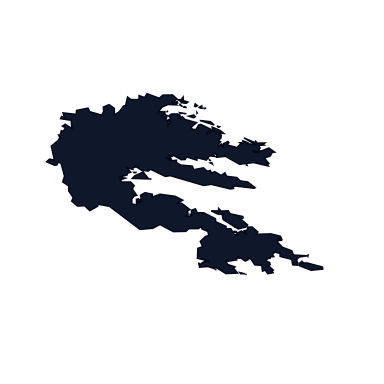 the district of Bantry-West Cork Lea-4, Cork, Ireland, rotated 220°
{"feature_id": "5873133B32019280992122", "entity_name": "Bantry-West Cork Lea-4", "entity_type": "district", "adm_level": 2, "iso_a3": "IRL", "parent_name": "Ireland", "parent_adm1": "Cork", "projection": "albers", "projection_center": [-9.717, 51.642], "detail": "fine", "context": "isolated", "style": "filled", "palette": "ink", "viewbox_px": 384, "rotation_deg": 220, "n_neighbors": 0, "source": "geoboundaries", "source_scale": "gbopen_adm2", "svg_char_len": 6109}
<svg xmlns="http://www.w3.org/2000/svg" viewBox="0 0 384 384"><g transform="rotate(220 192 192)"><path d="M322.8,121.7L314.4,124.2L312.9,125.9L313.6,128.7L311.0,130.0L299.8,122.2L297.5,116.6L290.2,117.5L287.2,113.6L279.4,111.4L278.3,107.7L270.7,107.6L265.4,112.5L258.3,112.0L255.2,120.3L255.9,122.4L245.9,128.0L207.8,129.9L198.7,139.1L195.6,146.5L180.8,149.7L171.4,157.9L170.8,161.9L163.5,168.2L162.6,171.8L160.6,170.1L154.5,172.0L151.2,169.4L153.1,166.7L153.9,159.4L148.6,157.0L151.3,152.6L145.2,144.7L134.0,150.3L138.0,146.4L139.4,141.5L141.5,142.1L137.9,139.3L131.8,145.2L125.2,147.8L127.1,148.1L125.2,149.6L113.6,151.3L105.0,159.2L111.2,160.3L110.9,162.3L117.9,159.5L121.4,160.4L114.1,168.8L115.6,169.9L113.3,171.7L115.0,171.9L115.1,172.2L115.1,172.5L106.9,173.3L105.5,176.2L106.8,177.3L103.6,178.5L97.1,176.5L91.4,180.6L87.1,176.7L85.7,179.2L81.4,178.1L78.0,182.3L80.0,183.0L79.5,184.4L86.3,184.8L85.4,186.6L87.2,187.9L90.9,186.7L91.4,189.1L89.6,191.6L90.7,192.3L87.8,195.1L90.6,196.1L89.7,199.3L85.0,201.5L83.1,199.3L72.3,204.5L68.0,200.9L63.7,204.1L68.5,207.5L67.9,211.3L62.7,217.2L73.8,208.9L77.8,211.1L87.2,207.8L94.1,208.5L95.1,209.7L91.9,213.1L96.9,211.1L93.4,213.8L96.0,214.9L104.6,210.7L115.6,200.9L115.8,203.7L123.4,203.9L126.6,201.0L125.3,198.2L127.2,195.8L122.7,194.4L129.1,193.9L130.9,189.2L129.4,188.9L132.3,186.5L138.7,188.8L142.2,185.6L143.9,187.5L154.7,184.5L156.9,186.6L169.7,183.6L174.6,179.5L178.6,181.3L180.6,177.8L178.1,174.6L179.1,173.6L178.3,173.3L177.6,173.5L177.2,173.4L178.5,171.5L179.0,171.3L180.0,170.3L181.4,169.4L180.4,172.0L183.3,174.9L182.2,177.2L192.9,176.7L196.5,173.2L193.8,179.8L202.1,177.9L215.0,169.8L219.2,162.6L221.0,164.8L227.5,161.3L229.3,156.5L226.3,154.0L227.3,152.3L225.0,152.5L226.8,150.4L225.9,150.0L228.8,149.5L226.3,146.6L230.5,144.1L233.6,148.0L233.8,151.9L232.2,153.9L239.7,156.0L240.4,159.7L245.5,160.2L252.5,154.3L254.5,155.4L252.0,159.7L257.3,156.7L252.7,163.2L253.4,165.1L251.6,167.7L257.1,168.9L251.8,171.4L253.0,172.5L251.4,174.7L253.0,175.2L244.4,176.2L238.9,180.0L238.5,182.7L222.4,186.8L219.2,190.5L187.3,204.5L182.2,210.2L164.4,219.1L162.4,221.5L164.1,222.6L162.6,224.5L147.0,234.7L146.4,235.9L155.8,235.5L162.2,231.5L167.0,231.9L175.5,226.3L179.1,227.8L180.3,223.4L187.7,222.2L189.4,219.0L191.7,220.3L193.7,217.7L198.8,217.9L204.9,210.3L208.5,212.0L218.1,205.3L223.1,204.6L224.3,206.4L227.9,202.7L231.5,201.5L234.6,201.7L229.2,203.9L232.3,205.4L229.8,206.7L230.5,208.0L220.9,209.9L218.1,212.5L218.7,215.4L208.7,219.5L210.2,221.5L201.5,225.7L201.9,230.8L197.2,234.0L199.9,234.4L199.7,235.8L197.2,236.6L195.5,234.4L189.3,240.8L173.4,243.8L163.8,254.1L150.2,261.0L152.1,261.6L151.4,263.2L158.3,264.6L155.2,269.9L156.0,273.9L154.3,275.7L161.4,275.1L165.6,267.4L167.9,267.1L166.2,266.0L166.2,264.8L169.9,262.2L171.5,262.7L166.3,265.7L168.0,266.6L168.1,269.5L170.9,270.6L167.0,274.3L168.4,274.0L167.7,276.4L173.6,271.3L176.0,271.8L175.6,270.3L187.0,266.8L173.2,269.2L183.4,263.1L181.7,265.4L186.0,263.9L184.6,262.5L187.0,260.5L185.5,260.6L186.1,256.6L186.0,256.2L185.0,256.1L184.5,255.7L195.3,250.7L195.4,253.6L197.0,253.8L199.0,249.2L196.1,246.3L200.3,247.7L201.3,244.1L202.6,244.9L202.3,248.9L205.2,248.4L204.4,251.6L206.0,254.3L209.3,254.4L205.3,257.3L210.1,257.2L218.2,254.7L216.0,252.5L211.0,254.0L216.7,251.4L217.6,246.3L218.7,248.1L217.0,251.4L218.1,252.1L228.6,249.5L230.0,247.7L229.1,242.6L231.6,240.4L234.4,240.8L233.1,248.0L244.0,243.1L247.8,243.5L248.7,241.7L247.5,240.3L250.0,240.0L249.2,241.7L250.6,243.2L253.2,242.6L257.9,238.5L258.8,235.2L255.3,235.0L256.6,232.0L253.1,231.2L253.8,229.0L252.3,226.1L255.6,230.6L258.5,230.6L260.2,234.6L261.5,234.2L261.1,231.2L264.5,230.6L262.8,234.2L264.4,236.2L269.5,231.9L269.4,238.1L266.6,243.6L259.7,248.9L261.1,248.8L260.2,250.9L261.4,251.8L264.8,246.8L263.3,253.6L269.2,253.9L276.6,247.5L277.4,242.8L289.6,238.4L289.1,233.9L294.5,231.8L292.5,229.6L293.1,227.7L298.3,223.5L302.4,223.3L298.3,215.4L299.7,214.1L299.3,206.4L301.1,201.3L305.3,206.2L311.7,205.6L314.5,200.1L311.2,196.6L310.6,192.9L322.0,187.7L325.6,189.4L332.9,180.3L330.6,177.0L341.7,169.7L337.9,167.2L340.5,166.1L339.8,163.7L330.6,169.3L324.9,163.4L332.7,162.4L333.6,159.2L330.1,159.8L329.7,155.7L331.5,154.9L329.5,150.6L330.8,149.9L328.2,148.6L327.7,145.1L329.3,136.7L317.9,128.0L322.3,125.6L322.8,121.7ZM150.3,190.9L132.9,193.4L128.1,199.9L128.2,202.5L137.0,202.6L136.2,205.0L137.3,205.9L148.8,199.8L152.1,201.0L157.4,196.1L161.0,196.5L159.5,194.6L165.2,189.9L158.0,191.7L152.1,196.3L153.9,193.7L150.3,190.9ZM61.9,204.7L50.5,208.6L42.3,217.0L43.8,218.4L58.3,211.6L64.1,206.6L61.9,204.7ZM242.3,175.9L246.2,167.7L246.5,164.0L231.4,175.9L233.7,174.2L242.3,175.9ZM257.6,254.2L256.4,256.4L255.9,254.6L253.4,256.2L253.0,258.3L257.3,256.4L259.8,259.0L259.5,256.0L261.9,253.8L257.6,254.2ZM232.0,251.8L218.0,257.6L223.1,257.7L232.0,251.8ZM252.1,244.6L246.5,248.4L252.6,244.8L252.1,244.6ZM240.1,252.2L243.3,247.9L238.5,249.9L237.8,251.8L240.1,252.2ZM102.2,160.7L98.8,163.4L103.6,161.0L102.2,160.7ZM246.2,261.6L245.2,259.4L244.0,259.7L243.2,261.6L246.2,261.6ZM238.1,262.6L239.9,264.3L240.9,261.4L239.7,261.6L238.1,262.6ZM235.0,265.3L237.2,263.5L236.0,263.9L235.0,265.3ZM131.6,189.8L132.7,190.2L134.4,188.9L133.7,188.2L131.6,189.8ZM257.3,250.8L254.2,251.4L257.5,251.3L257.3,250.8ZM228.7,152.2L230.2,150.2L228.1,151.3L228.7,152.2ZM253.4,251.3L251.6,252.5L250.3,253.1L252.5,252.8L253.4,251.3ZM215.2,258.4L213.0,258.7L212.8,259.8L215.2,258.4ZM194.4,226.5L195.9,227.2L196.7,226.0L195.4,226.4L194.4,226.5ZM248.7,169.5L247.0,171.5L249.3,169.6L248.7,169.5ZM199.4,227.9L198.9,227.6L197.6,227.9L199.4,227.9ZM263.1,231.5L262.1,232.0L263.4,232.6L263.1,231.5ZM262.7,238.0L263.0,236.8L262.5,237.9L262.7,238.0ZM62.0,217.3L62.5,218.2L62.8,217.6L62.0,217.3ZM63.3,209.5L63.4,208.4L62.6,209.5L63.3,209.5ZM257.3,253.7L258.3,253.0L256.9,253.7L257.3,253.7ZM239.3,256.1L238.8,255.6L238.8,256.0L239.3,256.1ZM167.3,248.0L168.4,247.4L167.1,247.9L167.3,248.0ZM97.7,163.6L98.3,163.3L97.1,163.8L97.7,163.6ZM136.9,192.5L136.2,192.7L137.3,192.5L136.9,192.5ZM123.9,147.8L123.6,148.1L124.7,147.7L123.9,147.8Z" fill="#0f172a" stroke="#020617" stroke-width="1.5"/></g></svg>